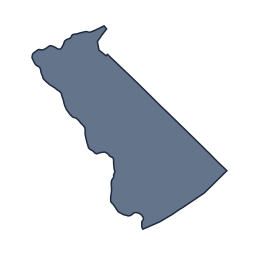 the district of Bucks, Pennsylvania, United States of America, rotated 186°
{"feature_id": "52423323B57053352254999", "entity_name": "Bucks", "entity_type": "district", "adm_level": 2, "iso_a3": "USA", "parent_name": "United States of America", "parent_adm1": "Pennsylvania", "projection": "albers", "projection_center": [-74.98, 40.329], "detail": "fine", "context": "isolated", "style": "filled", "palette": "slate", "viewbox_px": 256, "rotation_deg": 186, "n_neighbors": 0, "source": "geoboundaries", "source_scale": "gbopen_adm2", "svg_char_len": 2196}
<svg xmlns="http://www.w3.org/2000/svg" viewBox="0 0 256 256"><g transform="rotate(186 128 128)"><path d="M25.2,95.9L35.5,103.8L44.9,111.6L47.1,113.3L60.3,123.8L64.0,126.8L65.3,127.8L89.9,147.2L97.7,153.2L114.5,166.7L118.3,169.7L126.6,176.3L136.3,183.8L147.6,192.5L151.5,195.5L156.1,199.1L157.3,197.6L165.0,202.4L167.5,210.8L163.4,218.2L159.6,224.3L162.5,227.1L170.6,222.0L173.9,220.2L175.8,219.3L177.0,219.2L179.4,219.6L180.1,219.5L185.9,217.5L188.0,216.5L192.4,215.3L193.2,214.7L193.5,214.3L193.9,212.9L194.1,212.5L194.4,212.0L194.9,211.4L195.8,210.8L197.9,209.8L199.4,208.6L200.2,207.6L200.8,204.8L202.0,201.8L202.6,200.5L203.6,199.5L204.5,199.2L205.2,199.2L205.4,199.2L206.2,199.4L209.5,200.9L212.7,201.7L213.7,201.7L214.5,201.6L217.9,198.6L219.7,197.4L220.8,196.9L221.7,196.6L224.3,196.8L225.1,196.7L225.7,196.4L229.7,192.8L230.1,192.2L230.6,191.2L230.8,189.8L230.8,188.2L230.6,187.4L227.5,182.5L226.6,181.4L224.7,180.2L222.7,179.4L222.0,178.7L221.6,178.2L221.2,177.3L220.2,173.9L218.5,170.8L217.6,168.4L217.3,168.1L214.7,165.9L210.8,163.1L204.3,159.9L203.1,158.9L199.8,157.2L198.1,155.7L197.0,152.8L195.2,148.9L194.3,146.2L193.2,143.6L192.1,141.5L191.1,139.9L187.8,136.2L186.0,134.5L184.8,133.6L183.5,132.8L181.6,132.7L180.3,132.2L177.8,130.3L175.3,127.8L173.6,126.5L171.8,124.8L170.9,123.5L170.7,123.1L170.4,121.5L170.1,117.9L169.4,115.3L168.0,111.3L168.0,111.1L165.3,104.5L164.8,103.8L163.7,102.9L160.2,101.3L159.5,100.7L158.5,99.7L156.5,99.1L155.9,99.2L154.7,100.0L150.9,101.2L148.9,101.6L147.9,101.4L145.7,100.4L144.3,99.3L143.9,98.7L143.6,98.4L143.0,97.9L140.4,97.1L139.7,96.4L139.2,95.3L139.0,94.7L138.6,91.0L137.4,85.7L136.6,83.3L136.6,82.9L137.4,79.8L137.2,78.5L137.3,77.0L138.2,75.6L138.8,74.0L138.9,72.2L138.8,70.4L138.0,65.8L137.8,63.6L137.8,60.5L138.1,58.2L137.7,54.5L137.5,53.4L137.1,52.5L134.5,50.3L129.8,44.6L128.6,43.4L125.8,42.4L124.0,41.5L118.8,40.6L117.4,40.8L116.0,41.5L113.0,44.3L111.8,44.7L110.2,44.7L108.4,44.4L106.3,43.5L105.4,42.8L103.9,41.1L103.4,40.4L103.2,39.6L103.1,39.2L103.3,38.4L104.3,36.6L104.5,35.4L104.4,34.9L103.9,31.0L102.7,28.9L86.6,38.0L75.2,46.5L67.0,53.4L65.9,54.1L45.3,71.4L25.2,95.9Z" fill="#64748b" stroke="#1e293b" stroke-width="1.5"/></g></svg>